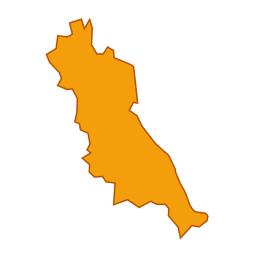 outline of Essex, Virginia, United States of America, rotated 6°
{"feature_id": "52423323B13977309866060", "entity_name": "Essex", "entity_type": "district", "adm_level": 2, "iso_a3": "USA", "parent_name": "United States of America", "parent_adm1": "Virginia", "projection": "equal_earth", "projection_center": [-76.942, 37.945], "detail": "fine", "context": "isolated", "style": "filled", "palette": "amber", "viewbox_px": 256, "rotation_deg": 6, "n_neighbors": 0, "source": "geoboundaries", "source_scale": "gbopen_adm2", "svg_char_len": 975}
<svg xmlns="http://www.w3.org/2000/svg" viewBox="0 0 256 256"><g transform="rotate(6 128 128)"><path d="M75.5,118.5L74.4,127.4L79.3,128.9L80.9,134.7L88.8,137.4L91.9,148.0L89.5,154.0L93.6,156.6L85.6,162.8L93.6,168.3L94.1,176.0L99.8,180.3L107.7,178.9L111.9,183.9L120.9,184.1L121.7,205.8L135.0,199.4L147.5,205.9L158.2,198.5L164.5,200.9L173.1,200.1L177.1,204.0L177.4,211.1L188.1,221.1L191.7,231.9L201.8,218.4L209.1,218.9L216.3,211.9L216.3,209.2L216.8,208.1L216.1,206.5L214.0,204.7L204.6,204.4L201.5,203.1L197.7,198.3L191.6,186.0L186.1,178.2L180.0,167.3L179.4,164.2L171.5,151.2L157.0,140.7L141.7,124.7L135.6,114.8L127.4,110.3L130.7,102.0L135.0,102.2L127.1,66.2L123.9,64.6L106.8,59.6L105.5,52.5L99.3,49.6L95.7,56.7L89.5,57.8L83.0,48.9L82.0,32.4L78.6,24.1L74.2,33.8L70.3,24.7L58.9,29.7L62.8,40.3L58.5,43.7L48.5,43.6L48.2,56.4L39.2,63.4L43.1,70.8L53.9,80.0L56.7,85.4L53.5,93.1L63.4,96.1L68.6,95.0L74.6,104.1L75.5,118.5Z" fill="#f59e0b" stroke="#b45309" stroke-width="1.5"/></g></svg>